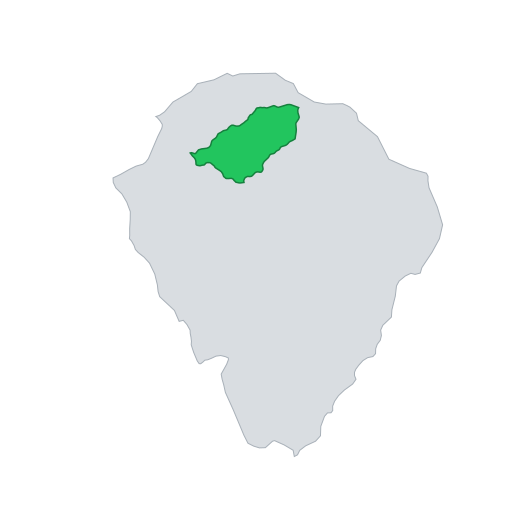 Uruguay, with Lavalleja highlighted, rotated 203°
{"feature_id": "URY-19", "entity_name": "Lavalleja", "entity_type": "Department", "adm_level": 1, "iso_a3": "URY", "parent_name": "Uruguay", "parent_adm1": "", "projection": "robinson", "projection_center": [-54.924, -33.979], "detail": "fine", "context": "in_parent", "style": "filled", "palette": "green", "viewbox_px": 512, "rotation_deg": 203, "n_neighbors": 0, "source": "natural_earth", "source_scale": "10m", "svg_char_len": 4800}
<svg xmlns="http://www.w3.org/2000/svg" viewBox="0 0 512 512"><g transform="rotate(203 256 256)"><path d="M402.7,345.2L399.7,347.9L396.5,353.0L392.6,365.3L379.9,382.2L377.3,391.7L363.6,401.7L353.9,412.9L347.7,412.6L342.0,417.4L309.4,431.9L297.7,429.2L289.0,429.3L281.0,422.8L262.6,420.5L251.1,423.1L235.6,430.1L231.0,430.0L227.6,429.7L219.3,426.7L214.7,420.5L190.8,413.3L171.5,397.0L148.9,396.6L131.5,398.8L128.8,396.6L127.1,392.4L123.4,386.4L108.3,372.0L96.4,357.6L93.9,343.6L95.4,328.2L98.8,310.1L98.1,304.5L102.4,301.2L106.7,300.6L110.8,295.9L114.5,288.8L115.0,283.4L112.1,273.5L109.9,259.6L107.5,252.7L112.2,241.8L112.3,236.5L109.5,231.8L108.7,227.0L109.9,222.1L109.6,217.4L107.8,212.8L109.1,209.1L113.5,206.1L116.7,201.5L118.8,195.4L119.9,190.7L119.9,187.5L118.6,184.4L115.8,181.6L117.0,175.9L122.2,167.3L125.5,159.7L126.9,153.1L126.8,147.8L125.0,143.7L125.7,141.0L128.9,139.5L130.3,135.2L129.8,124.5L126.4,115.7L128.8,108.8L136.1,100.7L139.8,94.2L140.1,89.2L142.4,86.4L145.9,91.7L156.3,93.1L166.8,93.3L168.4,92.0L172.5,83.2L177.9,80.7L183.8,80.1L190.2,80.5L197.1,86.3L216.6,105.3L230.9,118.5L235.3,124.7L239.0,129.3L241.9,133.7L240.7,144.9L240.9,149.9L241.6,151.3L244.8,151.4L249.6,150.6L253.7,148.2L256.9,144.6L259.9,141.6L262.4,140.1L263.4,137.7L264.8,135.2L266.3,134.7L269.1,136.5L275.7,142.9L280.9,148.9L282.1,152.3L284.1,155.8L286.2,158.9L287.7,162.0L292.7,165.9L297.8,168.4L301.2,165.8L309.8,174.0L328.7,180.9L332.2,185.0L335.5,190.9L342.1,199.8L351.2,207.8L358.6,211.2L365.7,213.1L369.6,214.9L372.3,218.0L376.6,221.3L379.3,222.5L380.2,225.4L383.0,231.9L385.9,240.1L389.0,247.7L395.9,255.0L403.6,260.7L411.6,263.9L416.1,267.9L418.1,272.0L412.6,278.2L406.7,285.9L401.5,291.9L396.1,296.2L394.3,299.1L393.1,303.6L393.1,327.6L392.6,336.5L393.0,338.9L393.7,340.5L397.1,342.9L401.1,344.9L402.7,345.2Z" fill="#d9dde1" stroke="#a8b0b8" stroke-width="1"/><path d="M265.8,379.1L267.6,376.6L269.3,374.8L269.7,374.2L270.0,373.7L270.4,372.4L270.9,371.1L271.2,370.5L271.5,370.0L272.2,369.2L275.2,366.7L275.5,366.2L275.8,365.8L275.9,365.4L276.0,365.0L276.0,364.6L276.0,364.0L276.2,363.1L276.5,362.6L276.9,362.1L277.6,361.3L278.3,360.4L279.0,358.4L279.5,357.5L279.8,357.2L280.3,356.8L281.5,356.0L282.3,355.3L282.6,354.8L282.8,354.2L283.0,351.8L283.2,351.1L285.3,346.4L285.5,345.5L285.7,343.6L285.7,343.1L285.6,342.7L285.6,342.3L285.4,341.9L285.3,341.6L283.7,339.2L283.6,338.8L283.4,338.5L283.4,338.0L283.4,337.3L283.6,336.2L283.8,335.6L284.1,335.2L284.4,335.0L285.1,334.7L287.0,334.2L287.7,333.9L288.1,333.7L288.5,333.3L289.1,332.7L289.4,332.2L290.5,329.2L290.9,328.3L291.2,327.8L291.3,327.7L291.6,327.4L292.1,327.1L292.7,326.7L294.8,326.0L295.1,325.7L295.5,325.3L296.2,324.4L296.6,323.8L296.7,323.2L296.8,322.3L296.8,320.9L296.7,320.5L296.6,320.2L296.2,319.6L295.8,319.0L298.8,317.2L300.0,316.7L303.2,316.1L303.5,316.1L304.3,316.5L305.5,316.9L305.8,317.0L306.1,317.3L306.5,317.5L307.0,317.8L308.1,317.9L308.7,317.9L309.2,317.8L311.9,316.4L313.5,315.8L314.1,315.7L314.5,315.8L315.5,316.2L316.2,316.3L316.7,316.5L317.1,316.8L318.7,318.6L320.8,320.0L322.7,320.5L327.6,321.3L328.0,321.5L328.4,321.6L329.2,322.3L329.5,322.5L333.7,323.8L334.4,323.9L334.9,323.9L337.4,322.9L337.7,322.7L337.9,322.4L338.2,322.2L338.4,321.9L338.7,321.2L338.9,320.3L339.0,320.0L339.2,319.7L339.5,319.4L339.8,319.2L340.5,318.9L340.8,318.7L342.8,317.2L343.3,317.0L345.1,316.6L345.8,316.5L346.3,316.6L346.7,316.7L347.0,317.0L347.2,317.3L347.8,318.6L348.7,320.2L349.6,321.2L350.2,321.7L351.4,322.4L353.7,323.3L355.3,324.3L356.8,325.1L356.5,325.4L356.1,325.7L355.7,325.9L354.2,326.1L352.8,326.2L351.7,326.7L350.4,331.2L348.1,333.2L343.2,336.1L341.9,337.5L341.3,338.7L341.0,340.2L341.6,344.3L341.5,344.9L341.2,345.7L339.9,347.9L339.5,348.4L339.3,348.9L339.0,349.5L338.8,350.7L338.7,352.8L338.6,353.7L338.3,354.1L336.5,356.3L335.0,358.6L332.4,360.5L331.7,361.5L331.6,362.0L331.6,362.4L331.1,364.1L330.3,365.7L329.8,366.4L329.4,366.9L328.0,367.5L325.0,367.8L324.4,368.1L323.6,368.4L322.3,369.2L321.8,369.8L321.4,370.2L321.3,370.6L321.0,371.2L319.2,373.9L318.3,375.9L317.0,378.1L316.8,378.7L316.9,378.9L317.0,379.5L317.1,380.0L317.1,380.4L317.1,380.8L316.9,381.2L316.7,382.7L316.5,383.4L316.2,383.9L315.8,384.2L315.3,384.6L314.9,385.0L314.8,385.5L313.7,389.1L313.5,390.0L313.4,391.5L313.2,392.2L312.9,392.6L312.6,392.9L311.5,393.4L310.6,394.2L310.0,394.5L309.5,394.7L308.4,394.9L306.5,395.9L305.7,396.1L304.4,396.3L303.6,396.7L302.5,397.6L299.2,400.7L298.4,401.3L298.0,401.4L297.2,401.5L295.3,401.4L294.4,401.4L294.0,401.5L293.3,401.7L286.4,407.5L285.9,407.8L284.5,408.5L282.9,408.9L274.7,409.3L274.7,407.3L274.4,406.2L273.4,404.3L270.9,401.3L270.5,400.7L270.4,400.4L270.3,398.8L270.4,398.2L271.1,394.6L271.1,394.1L271.1,393.5L270.8,392.8L268.3,388.1L267.5,385.7L265.8,379.1Z" fill="#22c55e" stroke="#15803d" stroke-width="1.5"/></g></svg>